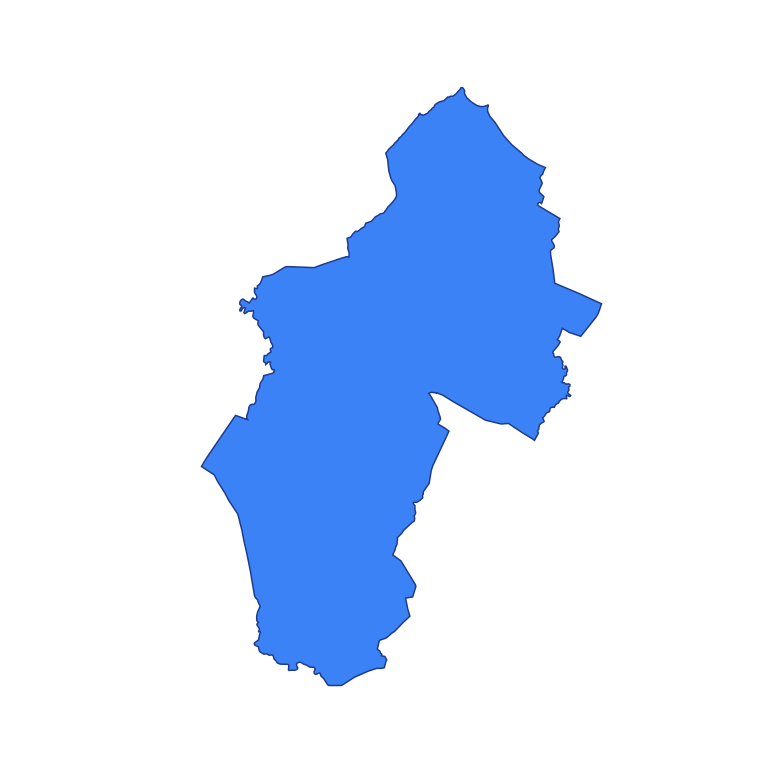 Ham Thuan Nam, Bình Thuận, Vietnam, rotated 211°
{"feature_id": "81297802B68049284687871", "entity_name": "Ham Thuan Nam", "entity_type": "district", "adm_level": 2, "iso_a3": "VNM", "parent_name": "Vietnam", "parent_adm1": "Bình Thuận", "projection": "natural_earth1", "projection_center": [107.897, 10.938], "detail": "fine", "context": "isolated", "style": "filled", "palette": "blue", "viewbox_px": 768, "rotation_deg": 211, "n_neighbors": 0, "source": "geoboundaries", "source_scale": "gbopen_adm2", "svg_char_len": 6137}
<svg xmlns="http://www.w3.org/2000/svg" viewBox="0 0 768 768"><g transform="rotate(211 384 384)"><path d="M238.9,564.8L263.6,562.0L289.5,558.3L297.2,568.2L308.0,581.0L309.8,583.7L309.7,585.2L308.5,588.1L308.7,589.4L309.5,590.5L313.9,593.0L314.6,594.1L313.2,598.6L312.4,604.7L314.5,606.5L314.9,609.1L315.6,610.4L318.1,612.9L318.4,616.4L342.5,616.3L344.6,616.6L344.9,618.1L344.7,619.4L343.7,620.0L341.9,619.8L343.3,626.6L343.6,627.0L349.1,628.2L350.4,629.1L351.0,630.9L351.7,637.4L353.3,639.0L356.7,641.0L356.8,643.0L356.1,645.6L356.8,648.7L357.1,652.6L366.0,651.4L376.1,651.4L382.5,652.1L384.8,652.8L397.8,654.9L409.6,658.6L423.6,665.4L431.2,668.0L434.7,670.4L436.0,671.7L437.2,673.6L437.7,675.8L438.3,676.7L438.6,676.7L439.6,675.2L441.9,672.9L444.2,671.5L448.1,670.6L451.1,670.6L455.6,670.9L460.5,672.0L464.0,674.0L464.9,674.9L466.2,677.2L469.2,678.5L470.6,677.7L470.6,675.6L471.7,669.6L473.3,666.1L475.1,665.0L476.3,663.2L477.1,662.9L478.7,657.4L479.9,656.5L480.5,655.4L481.1,655.2L482.5,653.3L483.8,650.5L484.1,649.0L483.8,647.3L484.7,645.2L484.8,643.5L485.9,640.6L486.0,638.8L488.8,634.4L489.2,634.1L490.3,634.5L491.9,633.9L492.4,634.5L492.9,634.2L492.6,633.2L493.1,633.2L493.2,632.6L492.6,632.0L492.5,630.8L493.4,627.0L494.1,620.9L494.9,617.9L495.6,610.7L496.6,607.2L496.7,604.9L497.8,602.6L497.6,600.7L498.9,595.9L499.0,593.9L501.0,587.3L500.8,586.4L501.4,582.8L496.6,578.4L489.6,569.1L484.4,564.2L481.4,562.0L477.4,560.2L476.2,559.3L471.6,554.0L470.0,551.4L469.9,547.2L470.6,542.5L471.8,537.9L471.9,534.3L472.4,530.3L475.3,527.3L475.7,525.8L477.5,522.8L478.4,518.0L479.0,516.4L482.3,512.7L482.4,511.5L481.8,509.7L482.1,508.1L483.3,506.2L485.2,501.1L486.9,500.4L487.2,499.9L488.0,496.5L488.2,492.9L490.7,489.8L486.5,484.8L485.0,481.6L481.5,478.5L479.7,475.4L479.5,474.7L481.5,474.0L484.6,470.7L497.2,456.0L503.8,447.8L527.8,434.6L529.0,433.4L535.8,420.6L538.1,418.1L543.2,413.3L542.5,410.8L541.9,406.7L542.1,405.1L543.1,402.8L541.8,400.8L542.1,400.3L544.3,399.5L542.8,396.7L541.7,395.5L538.0,393.6L537.6,392.4L537.5,390.8L538.4,389.8L540.4,390.3L540.8,389.9L541.2,384.0L543.4,384.2L545.3,383.8L548.1,384.3L549.1,383.8L549.6,382.9L549.9,380.6L548.9,378.2L546.8,377.8L546.0,377.3L545.8,376.5L546.0,373.9L545.7,373.0L545.1,372.5L544.1,372.9L544.0,376.4L543.0,377.6L542.4,377.8L541.8,377.4L540.9,373.1L539.8,372.6L539.1,373.4L537.6,376.9L535.6,377.7L533.8,379.6L532.6,378.1L531.6,375.1L530.8,374.0L529.2,373.3L524.6,373.5L523.0,370.5L522.3,369.8L517.1,367.7L514.8,367.1L514.0,366.5L512.4,363.8L510.3,362.0L508.8,361.8L507.4,364.5L506.6,365.0L506.0,364.9L502.1,361.3L499.8,360.1L498.5,358.6L498.4,357.7L499.4,356.2L499.5,355.6L498.9,354.5L497.4,353.3L499.0,350.0L499.3,347.9L501.3,346.7L499.1,341.7L498.5,341.1L496.6,341.1L495.4,339.7L494.7,341.9L494.8,343.0L492.9,344.3L492.3,344.0L492.3,343.0L491.8,342.2L488.0,339.0L486.8,338.9L485.4,339.7L484.9,339.3L484.8,337.5L484.4,337.2L484.9,336.0L491.4,329.2L490.4,326.5L490.4,320.6L488.8,316.6L488.6,311.4L487.6,308.7L487.2,306.9L485.0,303.3L484.7,302.2L484.9,300.0L485.4,299.3L486.8,298.5L487.8,297.1L487.9,294.8L486.3,290.8L485.3,286.0L484.1,284.0L482.6,283.2L495.1,280.6L497.9,231.6L498.1,224.3L497.9,219.2L482.8,218.7L475.9,214.5L464.2,208.6L456.8,204.1L442.3,197.2L430.6,185.6L423.0,177.1L414.2,168.0L402.3,154.9L385.9,135.8L384.3,134.7L381.3,133.9L378.7,131.6L375.6,129.6L375.0,123.9L373.7,119.6L371.4,115.9L370.6,115.4L368.9,115.1L369.2,112.9L369.0,112.2L365.0,110.2L364.2,109.1L364.2,107.6L363.9,107.1L362.6,107.8L362.0,107.4L361.8,105.7L359.9,100.5L359.9,99.5L361.6,95.7L361.5,94.5L360.0,93.6L357.2,94.0L356.0,93.8L354.0,91.6L352.6,90.6L347.8,90.5L345.7,92.3L342.7,92.4L340.4,94.1L339.5,94.3L336.3,91.5L334.2,91.2L331.9,90.0L330.7,90.0L328.1,90.7L322.7,93.9L321.6,94.2L320.6,93.7L318.7,89.8L317.9,89.5L315.8,91.1L313.2,92.5L311.7,94.3L311.5,95.4L311.8,96.4L314.0,97.7L314.7,98.9L314.7,100.1L313.2,102.0L311.8,102.6L308.5,102.5L305.6,103.2L301.8,103.1L298.1,105.1L296.3,104.6L295.7,101.1L294.5,99.9L292.8,99.9L290.9,102.8L290.0,103.2L287.6,101.2L283.9,100.4L277.9,97.4L276.3,97.0L265.9,103.2L264.9,104.1L258.3,117.5L249.5,129.9L244.0,136.3L239.1,139.4L237.6,141.0L239.4,147.0L239.5,148.9L243.0,150.9L246.2,149.7L246.5,151.0L246.8,151.3L248.4,151.6L250.4,153.1L252.4,153.1L253.2,153.4L255.7,161.2L255.5,162.4L252.0,166.5L251.0,168.0L249.1,174.2L247.5,177.5L244.8,189.4L242.2,198.3L247.7,203.3L255.0,211.3L255.0,211.8L249.8,216.2L252.2,226.3L252.9,227.5L253.9,228.3L278.4,241.1L288.5,242.0L289.2,247.9L290.0,250.1L290.4,253.7L291.8,256.0L292.1,257.4L293.4,259.0L291.9,265.2L291.8,268.7L288.6,279.9L287.6,281.6L287.7,282.9L288.4,284.5L290.1,286.4L290.3,289.1L290.6,290.0L292.8,292.3L294.8,295.6L297.4,296.7L297.7,297.3L297.4,298.1L295.0,299.5L293.2,302.8L292.2,306.4L293.5,308.1L293.6,309.8L294.6,311.4L294.8,312.7L294.1,322.0L298.9,334.1L300.1,339.2L304.0,377.0L308.4,377.5L317.0,377.5L317.4,378.3L317.4,382.2L317.6,383.2L318.8,384.5L324.1,389.0L326.2,391.3L336.9,397.3L340.8,399.1L339.2,401.2L336.0,402.7L334.2,403.1L334.3,403.7L327.7,404.7L315.9,404.5L278.3,405.3L263.8,409.8L262.3,410.5L257.0,414.3L240.1,413.5L227.3,413.4L226.0,413.1L226.3,420.6L226.7,421.7L228.2,422.8L228.1,425.0L229.6,428.4L229.4,430.6L227.6,433.9L227.5,434.5L230.5,436.7L229.9,439.2L229.9,442.9L227.9,445.6L229.0,448.5L229.0,449.3L228.0,450.7L226.0,451.7L226.3,454.1L225.8,455.7L224.6,457.7L224.8,459.5L224.3,460.8L224.3,462.1L222.2,464.3L219.9,465.4L219.8,465.7L221.7,467.7L221.8,468.3L218.5,468.9L218.1,469.4L218.1,470.3L221.0,470.7L222.4,471.5L222.3,474.1L224.1,476.1L223.6,477.9L224.2,479.2L225.6,479.3L228.1,477.6L230.3,477.9L232.1,477.0L232.7,477.1L232.7,480.9L233.9,483.2L232.5,484.5L232.2,485.6L233.3,487.4L233.6,490.2L236.1,492.3L237.3,493.0L238.0,492.6L237.9,492.1L236.6,490.8L236.7,490.2L237.5,489.4L238.9,489.2L239.5,489.7L240.4,492.4L241.9,493.4L241.9,494.8L242.2,495.3L244.5,496.2L246.3,497.7L247.5,497.7L248.8,497.1L250.7,495.4L251.8,495.0L252.8,495.5L254.2,497.3L255.4,497.6L255.8,499.3L254.6,506.4L254.6,510.4L254.9,511.0L258.3,511.4L258.1,515.1L259.8,523.6L251.9,523.6L239.9,526.2L236.7,550.5L236.7,554.2L237.2,557.5L238.9,564.8Z" fill="#3b82f6" stroke="#1e3a8a" stroke-width="1.5"/></g></svg>